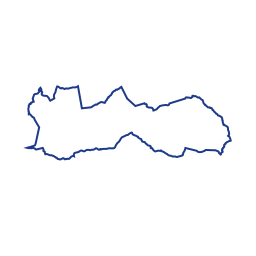 outline of Opatoro, La Paz, Honduras, rotated 109°
{"feature_id": "27666195B51886309725377", "entity_name": "Opatoro", "entity_type": "district", "adm_level": 2, "iso_a3": "HND", "parent_name": "Honduras", "parent_adm1": "La Paz", "projection": "mercator", "projection_center": [-87.876, 14.039], "detail": "fine", "context": "isolated", "style": "outline", "palette": "blue", "viewbox_px": 256, "rotation_deg": 109, "n_neighbors": 0, "source": "geoboundaries", "source_scale": "gbopen_adm2", "svg_char_len": 5837}
<svg xmlns="http://www.w3.org/2000/svg" viewBox="0 0 256 256"><g transform="rotate(109 128 128)"><path d="M80.9,62.5L80.3,64.1L79.9,64.6L79.3,65.1L78.1,65.8L77.4,66.5L77.1,68.0L75.9,70.6L76.0,70.9L76.2,71.1L76.4,71.4L76.4,72.1L75.9,74.3L76.0,75.0L76.5,75.8L76.2,76.5L76.4,77.2L76.6,77.4L76.9,77.6L77.7,77.4L78.1,77.4L79.1,78.2L79.3,78.8L79.3,79.8L79.8,81.4L79.9,82.6L80.2,83.1L80.8,83.4L81.5,83.4L91.3,96.8L92.8,96.9L93.3,97.3L93.7,98.1L93.8,99.5L94.3,100.6L95.7,103.3L96.2,103.9L96.7,104.9L98.1,105.6L99.1,106.3L100.1,106.6L101.2,107.2L102.2,108.5L102.8,109.0L103.2,109.7L101.8,110.6L101.1,111.8L101.3,113.2L101.7,114.0L101.7,114.9L101.9,115.4L101.9,115.9L101.7,116.5L101.7,117.1L101.6,117.3L100.1,117.7L99.7,118.2L99.5,118.4L99.8,119.6L99.7,120.0L99.6,120.3L99.3,120.5L104.8,128.2L100.5,138.3L91.3,147.7L92.1,148.4L93.0,148.7L93.3,149.1L93.7,149.2L94.7,150.3L95.4,150.7L95.5,151.5L95.6,151.8L97.0,152.4L97.4,153.0L98.0,153.6L99.0,153.9L99.6,154.4L100.6,154.4L102.5,154.8L102.9,155.2L104.5,156.1L105.1,156.6L105.6,156.3L105.9,156.5L106.0,156.8L107.2,157.1L108.5,157.2L109.2,157.7L110.3,158.0L111.4,157.9L111.6,158.0L111.8,158.2L111.9,158.7L112.0,161.3L112.4,162.1L112.7,162.5L113.0,162.7L115.0,164.5L116.1,165.0L116.2,165.7L116.3,166.2L117.4,167.1L118.3,168.0L120.0,169.2L120.6,169.9L124.4,178.0L104.8,188.9L106.1,190.1L106.6,190.7L107.0,191.7L107.5,193.3L110.2,197.4L110.4,197.8L110.6,199.0L110.8,199.5L111.1,199.9L111.8,200.6L111.7,201.3L111.7,202.3L111.5,203.3L111.6,203.5L112.2,203.9L112.5,204.8L112.3,205.4L111.9,206.2L111.7,207.1L111.6,207.7L111.8,208.5L114.3,208.6L117.8,208.3L118.7,208.4L120.1,208.7L120.9,208.7L122.4,208.3L124.0,207.3L127.5,210.4L126.5,211.7L125.6,212.4L124.2,214.9L124.3,216.2L124.8,217.7L124.9,218.9L124.8,219.7L124.5,220.3L124.3,220.5L124.0,220.7L122.0,220.8L121.7,221.1L121.3,222.0L120.9,222.2L119.9,222.4L119.1,223.1L118.5,223.9L119.8,224.5L121.2,224.7L121.4,224.6L121.6,224.3L121.4,223.3L121.8,223.2L122.2,223.3L123.0,223.9L124.9,224.7L126.4,227.2L126.8,227.5L127.5,227.6L129.0,227.6L130.1,227.7L131.2,227.7L132.2,226.9L133.2,226.5L133.5,225.9L133.8,225.7L133.9,225.9L133.9,226.3L134.2,226.7L135.3,227.2L135.5,227.8L136.1,228.1L136.5,228.0L136.8,227.8L137.0,227.9L137.2,228.1L137.2,228.7L137.3,228.9L138.0,228.9L139.1,229.2L139.3,229.1L139.9,228.7L140.9,228.7L142.1,228.5L143.3,228.1L144.6,227.2L144.8,227.2L145.0,227.3L145.5,226.8L145.7,226.5L146.6,226.4L147.1,226.5L147.4,226.3L147.0,225.7L146.9,225.3L147.4,224.1L148.8,221.7L148.7,220.7L149.5,219.7L150.6,218.9L156.3,212.2L172.4,210.3L174.5,210.3L175.0,210.6L175.4,211.1L177.9,214.4L178.8,215.9L179.6,217.0L179.5,215.7L178.7,213.4L178.6,212.7L178.4,212.3L177.8,211.6L177.6,211.0L177.8,209.5L178.3,207.9L174.6,202.1L175.3,201.3L176.0,200.8L177.0,200.6L177.3,200.5L177.4,200.3L177.4,199.3L177.5,199.0L178.6,198.5L179.7,197.6L179.3,196.8L179.1,196.6L179.0,196.2L179.0,195.5L179.2,193.2L178.9,192.0L178.6,191.3L178.8,190.3L178.6,189.3L179.1,188.1L179.1,187.4L179.5,186.4L179.4,186.0L179.3,185.6L179.9,184.9L180.1,184.6L180.1,184.1L179.9,183.3L180.0,182.4L179.7,181.7L178.6,180.5L177.9,179.8L177.6,179.4L177.6,178.9L178.1,178.0L178.2,177.6L177.4,176.6L177.4,175.8L176.7,175.1L176.4,173.7L176.1,173.5L175.2,173.1L173.4,172.2L172.5,171.1L172.1,170.4L172.2,169.9L171.3,170.4L170.6,170.6L169.8,170.6L169.0,170.3L168.3,169.4L167.4,167.8L166.5,166.7L165.0,165.6L164.7,165.2L164.5,164.9L164.4,164.0L164.5,162.7L164.3,161.8L164.0,161.4L163.3,160.9L162.5,160.2L162.2,159.8L161.6,158.6L161.4,157.0L161.1,156.1L160.4,155.3L160.0,154.1L159.8,153.7L158.9,152.7L157.9,152.0L157.6,151.7L157.5,151.0L157.9,149.4L158.0,148.6L157.9,148.1L157.7,147.6L157.1,147.5L156.8,147.1L156.7,146.7L156.8,146.0L156.2,145.4L155.3,143.3L155.0,142.0L154.2,140.9L154.1,140.4L153.1,138.9L152.8,137.5L152.0,135.2L151.6,134.7L151.4,134.5L150.4,134.0L148.0,133.8L145.8,133.2L144.2,132.2L142.2,131.6L140.3,131.3L138.8,130.7L137.6,129.4L135.5,127.4L134.5,125.8L132.9,124.8L131.9,124.0L131.3,123.4L131.2,123.2L131.1,122.9L131.2,122.6L132.2,121.9L132.6,121.1L132.8,119.2L132.7,118.1L133.1,116.5L133.0,115.7L133.5,115.4L133.8,115.0L134.2,113.4L134.2,111.9L134.8,111.6L135.4,110.8L136.0,110.3L136.2,110.1L135.9,107.5L136.3,106.9L136.9,106.3L137.0,105.4L137.8,104.0L137.9,103.1L137.7,101.8L137.8,100.9L138.2,100.4L139.2,100.2L139.5,100.0L139.6,99.7L139.3,98.9L139.3,98.4L140.0,97.7L140.8,96.5L141.3,95.0L141.3,94.7L141.1,94.3L139.6,92.1L139.4,91.4L139.2,90.1L138.5,89.6L138.5,89.4L139.0,88.6L138.9,87.2L139.2,86.2L139.2,85.5L139.7,84.3L139.9,82.5L140.4,81.4L140.6,80.6L140.3,78.1L140.4,76.5L140.2,75.8L139.6,74.3L139.6,73.1L139.4,72.1L137.7,69.7L137.2,68.8L136.8,68.4L136.5,68.3L136.3,67.8L136.2,67.6L135.4,67.3L135.0,67.3L134.2,67.6L133.9,67.7L131.1,67.1L128.8,67.1L128.2,67.2L127.2,55.9L127.2,55.3L127.6,54.6L127.7,54.2L127.7,53.3L127.5,52.5L127.0,51.1L126.4,50.2L124.7,48.2L123.5,47.4L120.6,38.0L120.7,35.4L120.8,34.9L121.0,34.5L121.7,34.2L122.1,33.6L122.5,32.9L122.6,32.3L122.8,32.0L122.9,31.7L122.7,31.6L122.2,31.9L121.3,31.8L120.6,31.3L120.0,31.2L119.9,30.8L119.7,30.8L118.9,31.2L118.6,31.8L117.3,32.1L116.9,32.0L116.6,31.6L115.8,31.7L115.6,31.6L115.5,31.3L114.7,31.2L114.2,30.9L113.8,31.0L113.2,31.5L112.8,31.6L111.4,31.0L111.3,30.7L110.4,30.7L110.2,30.4L109.7,30.3L108.3,28.9L107.7,28.5L106.6,26.8L105.4,27.4L103.4,29.1L103.1,29.6L103.0,30.6L102.9,30.8L101.8,30.3L100.5,30.5L98.5,31.6L97.2,32.8L95.7,33.4L94.8,33.9L94.6,34.3L94.2,35.5L93.9,37.3L94.0,38.4L93.9,38.7L93.6,38.9L93.3,38.8L93.1,39.3L92.8,39.5L92.3,39.8L91.5,40.4L90.1,40.9L90.0,41.0L90.0,41.3L89.8,41.5L88.9,41.7L87.4,42.8L87.4,43.2L86.9,44.4L86.7,46.2L86.8,46.7L86.8,47.1L85.8,48.2L85.7,49.5L85.4,49.8L84.9,50.5L84.7,51.4L84.2,52.3L83.7,52.8L83.6,53.1L83.3,53.5L83.4,53.9L82.9,54.2L82.4,55.1L82.0,55.4L82.3,57.0L81.9,57.5L82.2,58.1L82.4,59.2L81.3,61.7L81.3,62.4L80.9,62.5Z" fill="none" stroke="#1e3a8a" stroke-width="2"/></g></svg>